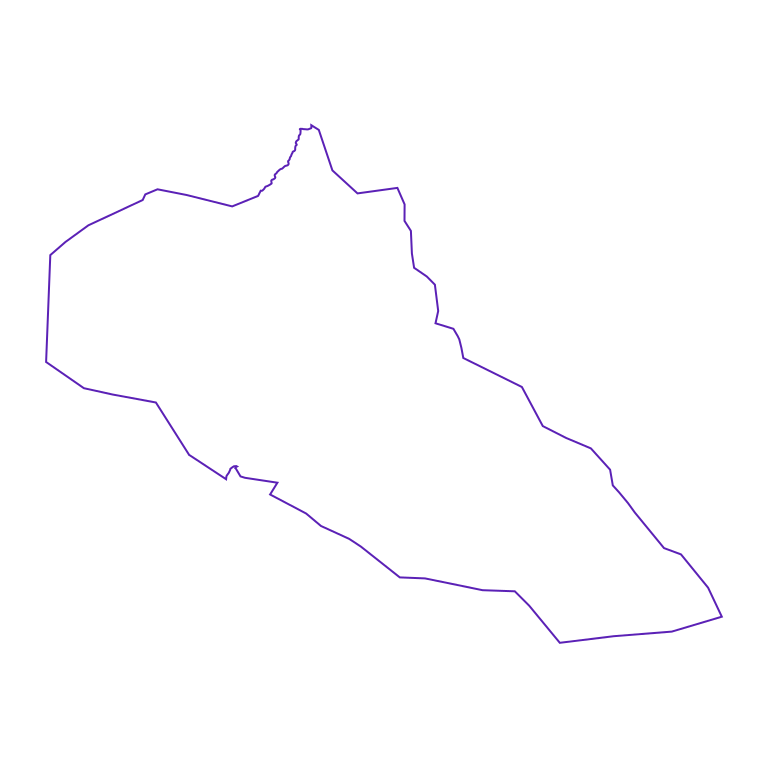 outline of Delger, Govi-Altay, Mongolia
{"feature_id": "93677404B14709319621932", "entity_name": "Delger", "entity_type": "district", "adm_level": 2, "iso_a3": "MNG", "parent_name": "Mongolia", "parent_adm1": "Govi-Altay", "projection": "equal_earth", "projection_center": [97.409, 46.215], "detail": "fine", "context": "isolated", "style": "outline", "palette": "violet", "viewbox_px": 768, "rotation_deg": 0, "n_neighbors": 0, "source": "geoboundaries", "source_scale": "gbopen_adm2", "svg_char_len": 3386}
<svg xmlns="http://www.w3.org/2000/svg" viewBox="0 0 768 768"><path d="M397.4,187.9L357.5,193.4L332.4,170.4L318.8,129.9L315.6,127.9L311.3,125.2L311.4,127.5L311.3,127.9L311.1,128.2L310.7,128.4L310.3,128.5L309.8,128.7L309.3,128.9L308.8,129.1L308.3,129.3L307.6,129.4L306.8,129.4L306.1,129.3L304.7,129.2L304.4,129.2L303.7,129.1L303.2,129.1L302.5,128.9L301.7,128.9L301.0,128.8L300.5,128.8L300.2,128.9L300.0,129.0L299.9,129.1L299.9,129.3L300.1,129.4L300.2,129.7L300.5,129.9L300.6,130.6L300.6,131.1L300.5,131.8L300.5,132.5L300.4,133.4L300.4,133.6L300.2,134.2L300.2,134.3L299.8,134.8L299.2,135.3L299.0,135.6L298.8,136.3L298.7,137.4L298.7,138.6L298.6,139.3L298.4,139.6L298.1,139.8L297.6,140.2L297.5,140.3L297.4,140.4L297.0,140.7L296.6,141.0L296.2,141.5L296.1,141.9L296.0,142.0L295.8,142.5L295.8,142.9L295.9,143.3L296.3,143.9L296.6,144.3L296.7,144.8L296.6,145.0L296.0,145.5L295.7,145.8L295.4,146.5L295.3,147.2L295.2,147.9L295.2,148.0L295.2,148.6L295.2,149.1L295.2,149.5L295.1,150.0L294.9,150.4L294.4,150.9L294.3,151.0L294.1,151.1L293.2,151.5L292.7,151.9L292.6,152.3L292.4,152.9L292.1,153.4L292.1,153.5L291.7,154.1L291.5,154.7L291.4,154.8L291.3,155.2L291.2,155.6L291.0,156.2L290.8,156.4L290.6,156.6L290.2,157.2L289.9,157.9L289.9,158.0L289.7,158.5L289.7,159.1L289.5,159.5L289.1,160.0L288.7,160.6L288.4,160.8L288.2,161.0L288.1,161.3L288.1,161.6L288.1,161.9L288.3,162.4L288.5,162.9L288.6,163.5L288.6,164.0L288.3,164.6L287.9,165.0L287.6,165.3L286.9,165.5L285.9,165.8L285.5,165.9L285.3,165.9L285.0,166.1L284.6,166.4L284.0,166.9L283.5,167.4L282.9,168.0L282.2,168.6L281.9,168.7L281.7,168.8L281.0,168.9L280.5,169.2L280.1,169.4L279.7,169.7L279.0,170.3L278.1,171.2L277.4,171.8L277.0,172.3L276.5,173.2L275.9,173.7L275.6,173.9L275.3,174.1L275.2,174.3L275.0,174.5L274.8,174.8L274.7,175.0L274.7,175.3L274.7,175.5L274.8,175.8L274.9,176.2L275.0,176.5L275.3,177.1L275.3,177.4L275.2,177.7L275.1,178.0L274.8,178.3L274.5,178.6L273.9,179.0L273.5,179.3L273.3,179.4L272.8,179.5L272.4,179.6L272.0,179.8L271.7,180.1L271.3,180.6L271.3,180.8L271.3,181.3L271.4,181.9L271.5,182.3L271.6,182.9L271.6,183.1L271.6,183.4L271.4,183.7L271.0,183.9L270.2,184.5L269.3,185.0L268.3,185.6L267.4,186.0L267.2,186.1L266.9,186.2L266.6,186.3L266.1,186.5L265.5,186.7L265.2,187.1L265.0,187.4L264.8,187.7L264.4,188.5L264.1,188.9L263.8,189.2L263.3,189.7L262.8,190.2L262.6,190.4L262.5,190.5L262.3,190.6L262.1,190.7L261.7,190.8L260.7,190.7L260.3,191.5L260.1,192.0L259.2,193.6L259.2,193.8L258.1,195.9L232.2,206.4L186.6,195.0L157.5,189.3L145.3,194.4L142.7,200.0L88.4,225.3L65.4,242.0L50.3,255.1L46.1,362.0L83.9,388.2L112.5,394.5L155.9,402.5L189.0,454.7L189.0,454.8L226.1,479.2L226.3,477.3L226.5,476.1L227.1,475.1L228.8,472.8L230.1,470.0L230.4,468.8L232.2,467.4L233.9,466.3L236.3,466.1L237.0,466.5L236.4,466.8L235.5,467.5L235.3,468.2L235.8,468.5L240.5,476.4L245.0,477.8L277.4,482.7L270.1,494.5L306.1,513.5L321.0,526.0L349.2,538.9L360.9,546.6L399.8,577.4L425.0,578.4L482.6,590.2L514.8,591.3L529.2,605.7L559.8,642.8L613.8,636.2L671.8,631.6L721.8,616.7L708.1,587.7L681.0,554.4L664.0,548.1L634.8,512.5L628.0,503.1L618.8,492.0L618.7,491.9L618.5,491.7L612.8,485.4L610.1,469.7L590.9,448.4L566.2,438.0L542.8,426.1L521.9,387.0L463.3,358.0L461.4,347.9L459.3,339.4L457.7,336.1L453.4,328.8L435.5,323.3L438.2,311.0L434.9,284.7L426.8,276.5L414.1,267.8L411.9,253.5L410.9,230.9L404.5,220.9L404.6,204.4L397.4,187.9Z" fill="none" stroke="#5b21b6" stroke-width="2"/></svg>